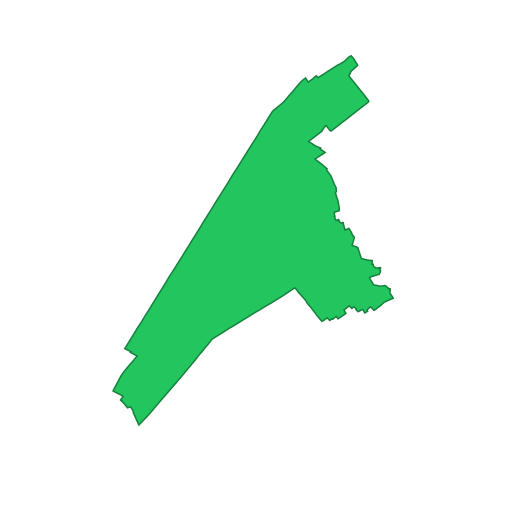 Phutthamonthon, Nakhon Pathom, Thailand (Natural Earth projection), rotated 234°
{"feature_id": "78962969B43033268258309", "entity_name": "Phutthamonthon", "entity_type": "district", "adm_level": 2, "iso_a3": "THA", "parent_name": "Thailand", "parent_adm1": "Nakhon Pathom", "projection": "natural_earth1", "projection_center": [100.276, 13.834], "detail": "fine", "context": "isolated", "style": "filled", "palette": "green", "viewbox_px": 512, "rotation_deg": 234, "n_neighbors": 0, "source": "geoboundaries", "source_scale": "gbopen_adm2", "svg_char_len": 5697}
<svg xmlns="http://www.w3.org/2000/svg" viewBox="0 0 512 512"><g transform="rotate(234 256 256)"><path d="M336.3,287.2L335.0,283.9L334.6,283.0L333.8,281.0L332.2,277.5L330.6,273.4L328.3,267.8L325.4,260.4L323.7,256.1L322.6,253.6L319.3,245.6L314.3,233.0L311.4,226.3L308.5,219.1L305.5,211.6L303.5,206.9L302.1,203.2L299.9,197.9L299.0,195.9L297.3,191.4L293.9,183.1L290.2,173.4L287.8,168.0L283.7,158.0L282.1,153.9L279.9,148.7L277.5,142.7L275.0,136.8L273.1,131.9L269.8,124.0L267.2,117.0L266.5,115.6L258.2,95.4L254.8,97.2L252.0,98.6L251.8,97.7L245.0,101.1L244.1,97.5L243.7,96.4L242.5,90.8L241.1,85.2L240.3,81.9L238.4,76.4L235.7,70.9L234.1,67.6L231.6,62.4L230.8,61.0L226.0,63.4L220.6,66.1L219.1,61.7L218.8,61.6L217.7,62.5L217.5,62.4L217.3,62.1L217.2,62.0L215.4,62.4L213.4,62.6L208.7,62.8L207.9,65.2L207.7,66.1L206.3,65.8L201.7,65.3L201.5,65.2L201.5,64.7L201.4,64.6L197.3,63.8L188.1,61.9L189.7,70.6L189.9,72.0L190.5,75.0L190.8,76.6L192.1,81.9L193.7,88.5L195.9,97.6L196.2,99.1L196.5,100.6L197.0,102.3L197.2,103.4L198.6,109.1L200.5,117.4L201.2,119.9L202.3,124.9L202.7,126.4L203.4,129.3L204.5,133.2L204.7,134.3L206.0,139.4L206.8,142.7L208.1,147.6L209.0,150.3L209.5,152.4L210.0,154.1L210.1,155.1L210.1,155.3L211.0,158.5L211.6,160.5L212.1,162.6L212.4,164.0L214.2,170.5L214.3,170.8L214.5,172.2L214.5,172.8L214.0,179.8L213.9,180.5L213.6,184.2L213.3,190.6L212.5,199.1L210.8,222.1L210.2,227.8L210.1,230.2L209.7,234.6L209.5,236.4L209.0,240.6L208.7,245.9L208.2,250.9L207.8,259.8L207.6,264.8L207.5,268.6L206.0,268.9L204.7,269.0L203.7,269.0L202.5,268.9L201.7,268.9L199.3,269.3L197.7,269.4L193.9,269.8L190.7,270.1L189.7,270.0L189.2,269.8L188.4,269.7L187.2,269.7L185.5,269.8L181.8,270.2L180.7,270.2L177.8,270.2L175.4,270.4L172.3,270.3L168.8,270.6L166.3,270.7L164.3,270.9L164.3,271.9L164.0,272.8L164.0,273.1L164.3,274.9L164.3,275.1L164.1,275.4L164.1,275.6L164.1,277.1L160.5,277.8L160.4,277.9L160.4,278.0L160.7,280.4L160.6,280.6L159.8,280.8L159.7,281.0L160.0,285.4L159.8,285.5L157.1,285.4L157.0,285.5L156.9,285.6L156.8,289.7L156.6,294.9L156.7,295.0L160.4,295.5L160.6,295.5L160.6,296.6L161.0,302.0L160.9,302.1L157.3,302.7L157.2,302.8L157.4,305.2L157.3,305.3L154.6,306.1L154.4,306.1L154.1,305.4L153.9,305.3L150.9,305.9L150.8,306.0L150.2,310.7L150.1,310.8L149.6,310.8L148.8,310.9L146.1,310.5L145.9,310.6L145.7,313.8L146.1,313.8L146.8,313.9L146.9,314.0L147.3,315.6L147.7,318.7L144.7,319.3L142.9,319.4L142.7,319.5L142.5,321.1L142.7,324.1L142.6,326.7L142.7,327.8L143.2,332.3L143.0,333.7L142.6,335.9L142.4,336.7L141.9,338.8L141.9,339.1L141.9,339.3L141.1,342.1L142.6,342.4L146.5,342.5L147.1,342.6L148.9,343.4L149.0,343.5L148.9,344.1L150.5,345.3L151.9,343.7L152.7,344.1L152.9,344.2L153.7,343.7L153.9,343.6L154.2,343.6L155.8,343.4L156.0,343.3L156.2,343.2L157.9,339.8L158.2,339.4L159.1,338.1L160.9,336.8L161.8,335.9L163.1,334.3L163.2,334.2L170.3,334.8L171.8,335.2L171.9,335.3L171.9,335.5L171.5,336.6L170.8,339.2L169.1,344.0L168.9,344.5L168.7,344.7L169.1,345.2L169.4,345.9L170.3,347.7L170.4,347.8L170.6,347.9L170.7,348.0L172.9,348.3L173.0,348.4L173.1,348.6L172.7,349.3L173.1,349.8L173.3,349.9L173.5,349.8L173.7,349.6L175.4,346.4L175.8,345.8L175.9,345.7L176.3,345.8L176.6,345.8L178.2,345.2L178.4,345.1L180.3,345.7L180.7,345.8L180.7,345.7L181.2,345.0L181.3,344.9L181.6,345.1L183.9,347.4L184.0,347.4L186.5,344.4L190.8,340.8L191.4,340.0L191.9,339.9L192.2,339.9L192.6,339.9L196.8,341.3L203.0,343.3L204.3,342.7L207.9,340.1L208.2,340.1L208.4,340.1L208.6,340.2L208.7,340.3L208.8,340.7L209.2,341.5L209.9,342.4L212.4,345.5L213.6,346.6L214.3,346.6L214.8,346.5L215.4,346.5L217.7,346.5L218.0,346.7L218.4,347.0L218.5,347.0L221.1,347.2L222.9,347.4L223.7,347.4L223.8,347.4L224.1,345.6L224.4,344.3L224.4,343.8L224.5,343.5L224.6,343.3L229.9,345.3L231.8,346.2L232.0,346.0L232.5,344.3L232.5,344.2L234.1,343.7L234.3,343.7L235.0,343.9L235.3,343.8L235.6,343.5L235.7,343.4L235.9,343.5L236.7,344.4L236.9,344.4L237.0,344.4L237.5,341.8L237.6,341.7L241.0,342.3L241.5,342.3L241.7,342.5L241.6,343.1L243.2,343.8L245.3,344.9L245.3,345.1L243.7,350.0L245.9,351.6L249.8,353.5L253.1,355.0L256.3,355.9L257.6,356.4L260.1,357.3L260.4,357.5L260.5,357.7L260.9,358.8L261.0,358.9L261.2,359.1L264.3,361.0L264.5,361.0L267.7,361.5L273.1,362.8L277.0,363.7L277.6,363.8L278.3,363.7L283.1,363.7L284.4,363.8L285.0,364.9L285.5,364.6L286.0,364.4L290.9,363.4L299.5,360.7L299.8,360.8L299.1,372.7L299.1,372.8L300.5,372.4L304.6,370.8L304.8,370.8L305.3,371.8L309.7,369.0L313.8,367.4L317.8,365.8L318.0,373.5L318.2,382.0L318.3,382.5L318.3,382.9L318.5,383.3L319.4,385.5L320.0,387.3L320.3,388.5L320.4,389.1L320.4,389.3L320.2,389.4L314.3,389.6L313.7,389.7L313.4,389.8L313.1,390.1L313.0,390.4L313.0,392.5L313.3,400.7L313.7,414.9L313.8,416.2L314.5,437.0L314.5,437.6L314.7,437.9L314.9,438.2L315.1,438.3L315.5,438.4L324.1,438.1L346.8,437.0L347.6,437.5L347.6,438.1L348.2,439.3L348.9,440.4L349.3,440.9L349.5,441.3L349.6,442.4L350.1,446.5L350.4,450.1L350.5,450.3L351.2,450.5L355.3,450.7L356.3,450.9L358.0,451.0L362.0,450.7L362.4,448.8L362.1,445.7L361.7,443.4L361.6,441.4L361.9,437.9L361.9,437.0L362.4,435.1L362.4,434.6L362.5,434.0L362.6,431.5L362.7,430.5L362.8,428.4L363.0,425.4L363.2,422.9L363.3,418.6L363.5,416.2L363.9,410.9L366.3,410.8L366.3,408.8L366.0,406.3L366.0,405.3L366.0,404.2L366.0,403.0L366.1,401.9L366.2,400.4L370.8,400.8L370.9,398.3L370.5,394.8L370.3,393.4L369.1,388.8L368.9,387.8L366.8,379.2L366.3,376.6L365.7,374.6L364.3,368.5L363.8,360.8L363.6,358.8L363.6,356.3L363.3,354.3L360.4,346.9L359.2,344.1L358.9,343.7L358.7,343.1L358.6,342.4L358.5,342.0L357.8,340.7L357.6,340.3L357.2,339.1L356.8,337.9L356.4,337.1L355.4,334.4L351.6,325.7L349.7,320.7L345.6,310.4L344.4,307.4L340.5,297.8L339.1,294.5L338.3,292.4L337.0,289.0L336.3,287.2Z" fill="#22c55e" stroke="#15803d" stroke-width="1.5"/></g></svg>